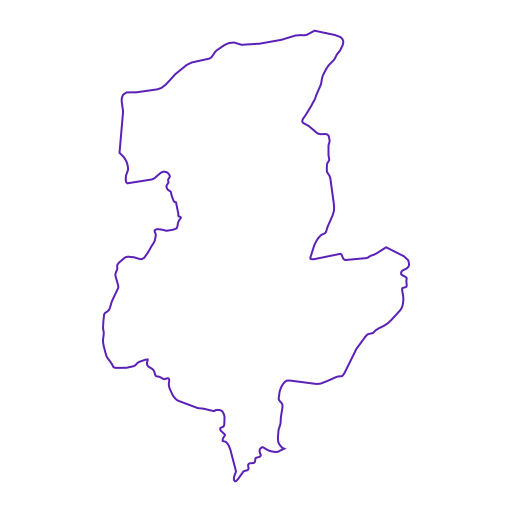 an SVG outline of Sari Pul
{"feature_id": "AFG-1748", "entity_name": "Sari Pul", "entity_type": "Province", "adm_level": 1, "iso_a3": "AFG", "parent_name": "Afghanistan", "parent_adm1": "", "projection": "equal_earth", "projection_center": [66.141, 35.686], "detail": "fine", "context": "isolated", "style": "outline", "palette": "violet", "viewbox_px": 512, "rotation_deg": 0, "n_neighbors": 0, "source": "natural_earth", "source_scale": "10m", "svg_char_len": 5938}
<svg xmlns="http://www.w3.org/2000/svg" viewBox="0 0 512 512"><path d="M314.5,30.7L334.8,35.0L340.3,37.0L341.2,37.8L342.0,38.6L342.7,39.6L343.2,41.0L343.2,42.0L343.2,42.9L342.9,44.4L342.5,45.5L340.1,50.4L339.4,51.4L337.8,53.3L337.0,54.2L334.9,58.4L333.6,60.3L329.2,64.7L328.3,65.8L326.2,69.0L322.9,75.4L322.5,76.6L322.1,77.9L321.2,83.2L320.6,85.2L316.1,95.5L315.1,98.7L314.6,99.7L312.6,103.2L311.6,105.3L305.4,115.5L303.0,118.8L302.6,119.7L302.2,121.1L302.4,121.9L303.1,122.9L308.9,126.1L316.7,132.8L317.9,133.6L320.9,134.2L325.4,134.0L327.3,134.5L328.2,135.3L328.8,136.2L329.5,139.8L329.6,141.1L329.5,142.1L328.8,144.2L328.5,145.5L328.5,155.0L328.7,156.5L329.2,158.8L329.2,159.5L329.1,160.2L328.9,160.8L327.6,162.7L327.3,163.3L327.1,164.3L326.9,165.4L326.8,168.5L326.9,171.8L329.7,176.2L330.4,178.8L333.8,203.6L334.1,207.9L333.9,211.2L332.5,215.6L327.5,227.0L326.1,231.6L325.9,232.1L325.6,232.5L325.1,233.1L324.3,233.6L321.7,234.7L320.8,235.4L319.2,237.0L317.4,239.3L316.4,241.0L314.4,244.9L310.3,257.8L310.7,259.0L313.6,259.3L340.5,253.8L340.8,253.9L341.0,254.1L341.3,254.4L341.7,255.0L342.0,255.6L342.9,257.9L343.5,258.9L344.5,259.8L345.6,260.0L366.3,258.1L367.9,257.6L369.4,256.5L371.0,255.7L373.7,254.8L376.7,253.3L386.1,247.3L404.0,256.3L408.3,260.4L408.9,263.2L409.0,264.2L409.0,264.9L408.9,265.6L408.6,266.3L408.1,267.1L407.4,267.8L406.4,268.6L402.9,270.3L401.9,271.1L401.2,272.2L401.1,273.9L401.6,274.8L405.8,277.1L406.4,277.8L406.7,278.4L406.4,280.6L406.4,281.9L406.7,285.1L406.6,286.1L406.3,286.8L405.8,287.1L403.2,287.8L402.5,288.1L402.2,288.4L402.1,289.0L402.1,290.0L403.2,296.4L403.3,298.2L403.3,300.4L403.0,303.2L402.6,305.3L402.0,307.2L401.1,308.9L399.9,310.6L391.0,320.3L387.9,323.2L384.3,325.6L378.3,328.6L375.4,330.5L373.1,333.0L367.9,334.2L365.9,336.0L356.5,348.7L344.4,373.2L343.0,375.2L341.9,376.2L338.1,376.5L336.8,376.8L327.1,381.1L320.6,383.6L316.7,384.0L289.6,380.5L286.6,380.7L285.4,381.5L284.3,382.4L283.0,384.1L282.1,385.5L281.2,387.2L280.0,390.3L279.6,391.8L278.7,398.3L278.8,399.3L279.1,400.2L279.7,401.0L281.4,402.9L282.1,403.9L282.5,405.4L282.5,407.0L280.9,417.2L280.5,423.5L279.7,426.5L279.1,427.9L278.7,429.4L278.4,431.2L277.9,437.8L278.0,439.9L278.2,441.7L278.7,443.1L279.3,444.2L280.7,446.2L281.2,446.7L282.4,447.9L284.2,448.7L280.5,450.4L278.6,451.5L277.8,451.8L276.5,452.0L274.9,451.9L271.5,451.4L269.0,450.7L265.6,448.9L264.1,447.9L262.9,447.2L262.0,447.3L260.8,448.1L260.0,449.1L259.6,450.1L259.6,451.1L259.7,452.0L259.9,452.9L260.7,454.9L260.8,455.4L260.6,455.9L260.3,456.3L259.6,456.8L258.8,457.1L256.3,457.7L255.7,458.1L255.4,458.6L255.1,460.9L254.9,461.7L254.5,462.4L254.1,462.8L253.5,463.0L250.0,463.3L249.2,463.6L248.6,464.1L248.2,464.7L248.1,465.5L248.2,466.4L248.4,467.3L248.5,468.1L248.5,468.8L248.2,469.5L247.7,470.0L247.1,470.3L244.4,471.0L243.8,471.3L243.2,471.8L238.3,478.7L236.5,480.7L235.8,481.2L235.1,481.3L234.6,480.8L233.9,479.7L234.0,477.5L234.4,475.8L235.7,472.5L235.9,471.6L235.7,470.1L230.3,449.5L228.8,445.8L227.5,443.6L225.9,441.9L222.7,441.0L222.7,439.4L223.2,438.0L224.6,435.9L224.9,435.3L225.0,434.8L224.4,434.1L220.8,430.7L220.2,429.4L220.2,428.3L220.9,427.7L223.1,426.8L223.6,426.4L223.9,425.7L224.2,424.8L224.3,423.6L224.5,418.4L224.5,417.2L224.4,416.2L224.1,415.0L223.6,413.7L222.9,412.4L222.3,411.3L221.1,410.5L219.8,410.1L217.2,409.9L215.8,410.1L214.9,410.5L214.4,411.0L213.2,411.0L203.7,408.7L197.8,408.1L178.3,400.8L176.9,400.0L175.4,398.7L173.4,396.2L172.4,394.5L169.9,389.1L169.4,387.8L169.1,386.5L168.9,385.0L168.8,383.9L169.2,381.2L169.2,380.3L169.1,379.5L168.8,378.8L168.3,378.3L167.7,378.2L164.6,379.1L163.9,379.1L163.0,378.8L160.3,377.2L158.9,376.7L156.9,376.4L155.9,376.0L155.1,374.7L154.6,372.5L154.3,371.7L153.9,371.0L153.5,370.3L153.0,369.6L152.4,369.1L151.8,368.6L149.0,367.0L148.4,366.5L147.8,366.0L147.4,365.3L147.1,364.7L147.0,364.1L147.0,363.4L147.0,362.6L147.2,361.7L147.7,360.2L147.7,359.8L147.7,359.5L146.8,359.5L145.4,359.7L138.9,362.0L138.2,362.5L137.4,363.0L135.3,365.3L134.1,366.0L132.3,366.5L126.5,367.8L115.3,367.9L113.5,367.1L111.5,363.4L107.4,357.8L106.5,356.2L105.9,354.3L103.8,346.5L103.1,342.7L103.0,339.8L103.6,335.1L103.8,332.8L103.0,328.1L103.4,321.0L104.1,314.8L104.4,313.9L105.0,313.0L107.7,311.3L108.7,310.2L109.6,308.7L112.0,301.0L117.9,288.6L118.3,287.6L118.3,287.1L118.3,286.5L118.0,284.9L115.6,276.4L115.4,275.5L115.4,274.9L115.4,274.0L116.0,272.1L117.0,269.8L117.2,269.0L117.3,268.6L117.2,266.9L117.2,265.3L117.9,264.0L119.0,262.6L125.0,257.5L126.4,257.0L128.2,256.7L134.1,257.3L140.0,259.1L141.0,259.1L141.9,259.1L144.2,257.8L147.9,252.6L152.1,245.2L153.0,244.0L154.2,241.9L154.9,240.2L155.6,236.4L155.8,234.8L155.6,233.6L154.7,231.8L154.6,230.8L155.0,230.0L156.4,229.4L157.4,229.2L158.3,229.2L161.7,229.6L166.6,230.8L173.1,229.7L176.3,228.5L176.7,228.3L177.0,227.4L177.5,226.1L177.9,223.4L178.4,221.8L179.1,220.3L180.6,218.4L180.8,217.7L180.6,217.1L179.7,216.6L179.1,216.5L178.6,216.4L178.5,216.1L178.3,215.5L178.3,213.5L176.4,204.4L176.3,203.3L176.1,202.5L175.8,202.2L174.6,202.0L174.0,201.3L173.5,200.6L171.7,195.8L170.9,192.1L170.5,191.5L169.8,191.0L168.2,190.0L167.2,188.9L166.4,186.7L166.6,185.6L167.1,184.6L167.7,183.9L168.1,183.2L168.4,182.7L168.4,182.2L168.1,180.1L168.1,179.7L168.3,179.2L169.6,177.2L169.8,176.6L169.7,175.8L169.3,174.8L168.5,173.7L167.5,172.7L166.4,172.1L165.2,171.8L163.9,171.6L161.0,172.6L156.1,176.8L154.6,178.2L153.3,178.8L151.6,179.5L127.5,183.3L126.3,182.4L125.7,180.5L126.0,175.6L128.1,169.6L128.0,167.9L127.7,165.8L127.0,163.1L126.2,161.0L123.9,157.2L119.5,152.8L123.0,112.7L123.0,110.6L121.8,102.5L121.7,100.3L121.8,98.1L122.7,95.7L123.5,94.4L126.6,92.4L136.5,92.3L157.1,89.4L161.3,88.0L165.9,84.5L175.5,74.0L186.9,64.8L192.1,62.4L209.3,58.6L211.1,57.6L213.0,55.2L214.9,52.2L215.5,51.5L216.5,50.5L224.5,45.0L228.9,43.1L234.0,42.5L241.6,44.8L259.5,43.7L281.4,39.8L295.5,35.5L301.3,35.1L303.8,35.3L306.2,35.0L307.3,34.6L314.5,30.7Z" fill="none" stroke="#5b21b6" stroke-width="2"/></svg>